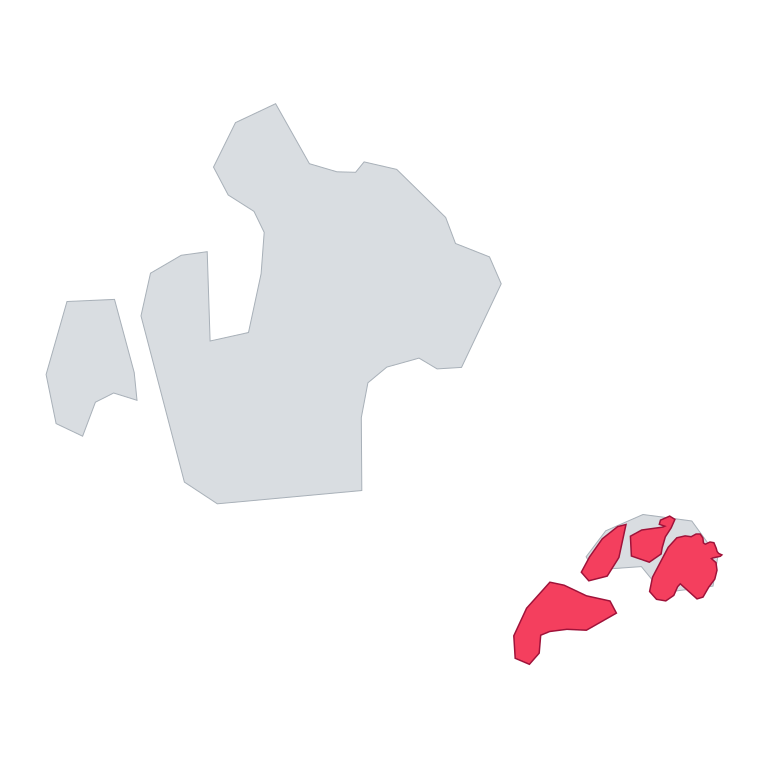 where Föglö sits in Aland
{"feature_id": "ALD-4814", "entity_name": "Föglö", "entity_type": "state/province", "adm_level": 1, "iso_a3": "ALA", "parent_name": "Aland", "parent_adm1": "", "projection": "orthographic", "projection_center": [20.496, 60.014], "detail": "fine", "context": "in_parent", "style": "filled", "palette": "rose", "viewbox_px": 768, "rotation_deg": 0, "n_neighbors": 0, "source": "natural_earth", "source_scale": "10m", "svg_char_len": 1670}
<svg xmlns="http://www.w3.org/2000/svg" viewBox="0 0 768 768"><path d="M336.9,171.8L355.6,172.3L364.1,161.9L396.7,169.4L445.7,217.5L455.5,243.5L489.5,256.9L501.2,283.8L461.5,367.4L437.1,368.9L419.0,358.1L386.8,367.1L367.9,382.8L361.3,417.6L361.8,490.5L217.3,503.8L184.4,482.1L141.0,315.9L150.5,273.2L181.2,255.3L207.2,251.7L210.1,341.0L248.5,332.5L261.1,273.8L264.2,232.4L254.0,211.4L228.2,195.0L213.5,167.1L235.5,122.6L275.6,103.7L309.4,163.7L336.9,171.8ZM134.2,372.5L137.0,400.3L113.6,393.0L95.4,402.2L82.6,436.2L56.1,423.6L46.1,374.5L67.0,301.5L114.5,299.4L134.2,372.5ZM717.8,556.8L713.0,586.1L662.6,592.7L641.4,566.6L594.3,569.9L586.1,556.8L605.7,530.8L643.0,514.5L691.8,521.0L717.8,556.8Z" fill="#d9dde1" stroke="#a8b0b8" stroke-width="1"/><path d="M513.8,635.8L526.6,608.2L549.9,582.2L564.1,585.2L586.4,595.8L610.0,601.0L616.4,613.1L586.4,630.2L566.9,629.3L549.7,631.5L540.7,635.2L539.2,653.1L529.4,664.3L515.2,658.3L513.8,635.8ZM717.1,551.5L718.6,553.4L721.9,554.9L720.3,556.3L712.9,557.9L711.4,558.6L716.0,562.6L717.0,570.2L714.8,579.1L708.7,587.2L703.0,597.1L697.0,598.9L680.3,583.8L677.6,586.7L673.8,595.4L665.8,600.9L656.5,599.3L649.6,591.5L652.5,577.2L668.2,547.3L676.8,537.8L685.1,535.9L691.2,536.7L696.1,534.0L700.2,534.0L702.9,538.0L703.4,542.9L705.3,544.2L710.0,542.0L713.9,542.7L716.2,548.2L717.1,551.5ZM602.3,538.8L617.6,526.6L626.0,524.5L618.9,557.5L607.2,576.1L588.8,580.8L581.3,572.2L589.5,557.0L602.3,538.8ZM662.2,547.7L661.1,554.0L649.3,562.2L631.4,556.0L630.4,536.2L641.7,530.0L662.8,527.1L664.8,526.2L659.3,524.3L660.5,520.1L669.7,516.1L674.9,519.4L671.2,527.8L665.3,536.9L662.2,547.7Z" fill="#f43f5e" stroke="#9f1239" stroke-width="1.5"/></svg>